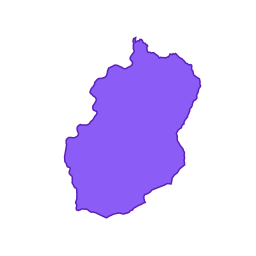 the district of Morro Agudo, São Paulo, Brazil, rotated 57°
{"feature_id": "56859067B75042481865751", "entity_name": "Morro Agudo", "entity_type": "district", "adm_level": 2, "iso_a3": "BRA", "parent_name": "Brazil", "parent_adm1": "São Paulo", "projection": "mercator", "projection_center": [-48.177, -20.691], "detail": "fine", "context": "isolated", "style": "filled", "palette": "violet", "viewbox_px": 256, "rotation_deg": 57, "n_neighbors": 0, "source": "geoboundaries", "source_scale": "gbopen_adm2", "svg_char_len": 4132}
<svg xmlns="http://www.w3.org/2000/svg" viewBox="0 0 256 256"><g transform="rotate(57 128 128)"><path d="M69.3,86.2L69.9,87.5L71.0,88.5L72.2,88.8L74.8,88.3L75.9,88.8L76.7,89.6L77.4,90.8L77.5,93.0L77.1,95.0L77.1,97.2L76.6,98.4L75.3,99.6L73.8,100.1L72.8,100.7L71.6,101.7L70.4,102.2L69.1,103.4L68.1,104.7L67.9,105.8L67.8,107.6L67.2,111.5L68.4,113.2L69.1,114.2L70.2,115.0L71.3,116.3L72.1,117.2L72.8,118.3L72.9,119.7L72.6,120.9L72.3,122.0L71.9,123.4L71.1,124.6L70.5,125.7L70.6,127.7L71.2,129.4L71.5,130.8L73.4,132.7L74.2,134.5L74.6,135.9L74.9,137.1L75.6,138.3L76.2,139.2L77.3,140.4L78.7,140.6L79.8,140.0L81.6,139.8L82.7,139.5L84.1,138.8L85.5,138.7L86.6,139.0L87.7,139.8L88.3,141.0L89.3,142.7L90.0,144.7L91.0,146.1L92.2,146.7L93.4,147.2L94.4,147.1L97.2,145.2L98.7,145.9L99.4,146.9L100.4,150.1L101.6,152.1L102.0,153.4L102.2,154.7L102.4,156.1L103.4,158.4L103.1,160.8L102.6,161.7L101.4,163.5L100.5,164.8L99.1,166.1L99.0,168.1L99.4,169.7L100.5,170.9L101.7,171.6L103.3,172.1L104.8,172.3L106.0,172.8L107.0,173.8L107.3,175.5L107.1,177.4L106.9,178.6L106.1,179.6L105.2,180.6L104.5,181.6L103.7,182.9L103.9,185.4L104.6,186.5L106.1,187.4L107.2,188.2L108.6,188.6L111.3,191.0L112.8,192.4L114.1,193.7L115.6,195.0L117.6,196.9L120.5,198.5L121.7,199.2L124.6,199.2L125.8,199.7L127.5,200.0L129.1,198.6L130.1,198.4L131.0,198.9L131.7,199.9L132.8,201.2L134.1,202.0L135.7,201.9L137.8,201.3L139.1,201.6L140.5,202.6L142.1,203.5L143.5,204.7L145.1,204.8L146.5,204.9L147.9,205.2L149.0,205.1L149.9,204.5L151.1,204.2L152.1,204.8L154.6,206.3L156.3,207.2L157.8,208.4L159.2,209.1L160.2,210.4L161.2,211.5L161.8,212.5L162.8,212.8L164.1,212.7L165.9,213.9L167.0,215.2L168.1,215.6L169.1,215.6L170.0,214.7L170.6,212.9L170.7,210.8L171.6,209.5L172.6,208.4L173.3,207.1L174.3,206.4L176.2,205.8L177.2,205.4L178.4,204.8L179.2,203.5L180.4,202.3L181.4,201.3L183.3,200.2L191.5,195.1L191.7,193.7L191.6,192.6L191.7,191.4L192.0,190.0L192.2,188.4L192.4,186.7L193.0,185.4L193.4,184.4L193.8,183.1L194.6,181.5L195.7,180.5L197.3,179.2L198.0,177.8L198.3,176.5L198.9,175.0L199.3,172.9L198.7,171.6L198.8,170.2L199.3,168.8L198.4,167.3L198.8,160.1L199.3,158.8L199.3,157.1L199.4,155.5L199.9,154.1L198.7,154.0L197.4,153.7L196.1,153.2L194.9,152.6L193.6,151.5L193.0,150.1L193.7,147.7L193.8,144.5L193.4,143.0L193.0,141.5L195.8,128.0L195.8,126.4L196.2,125.0L196.9,124.1L197.7,123.2L198.4,122.3L196.4,120.3L194.6,118.7L193.9,117.9L193.3,116.4L192.8,115.0L192.6,113.7L192.5,112.1L192.3,110.8L191.3,108.8L190.6,107.5L190.4,106.1L190.1,104.7L190.1,103.4L189.9,102.3L189.8,100.7L188.5,99.9L187.5,99.4L186.5,99.0L185.3,98.4L184.5,97.3L183.3,96.5L181.6,95.8L180.5,94.9L178.9,93.9L177.3,93.9L176.3,93.5L175.0,93.3L173.2,93.5L171.3,93.8L169.5,93.6L167.5,93.5L165.6,93.5L164.7,93.1L163.4,92.4L162.1,91.4L160.6,90.8L158.8,90.4L158.1,89.2L157.7,88.2L157.1,87.0L156.8,85.0L156.9,83.1L155.7,81.9L154.8,80.2L155.3,79.2L153.6,77.8L152.7,76.4L152.2,75.4L151.9,74.4L151.6,73.4L151.3,72.3L150.3,71.4L149.4,70.1L148.7,68.8L147.9,67.9L147.3,66.9L146.1,66.4L145.5,65.1L145.1,63.6L144.6,62.7L143.9,61.7L143.1,61.0L142.3,60.2L141.6,59.2L140.9,57.7L141.2,56.3L140.9,55.1L140.5,54.0L139.5,53.5L138.0,52.6L137.1,51.5L136.6,50.3L135.7,49.3L134.7,48.2L133.8,47.6L133.2,46.1L132.6,44.6L131.7,44.0L130.5,43.8L129.5,43.3L128.6,42.4L127.0,41.9L125.7,41.3L124.5,41.9L123.4,42.5L122.4,43.0L121.1,43.2L120.2,43.9L118.9,43.8L117.2,43.3L115.7,42.6L114.1,42.8L112.6,42.2L111.0,40.9L109.8,40.4L108.9,41.0L108.5,42.3L107.4,42.9L106.0,43.3L105.1,44.3L103.9,44.3L102.6,44.3L100.6,44.9L99.4,45.0L98.0,45.9L96.6,46.6L95.0,46.9L93.9,47.1L92.8,47.2L91.4,47.5L91.3,49.2L90.2,49.7L90.4,51.1L88.8,52.5L89.7,53.7L90.4,55.3L89.9,56.3L89.8,57.9L88.6,59.4L87.6,61.0L86.4,62.2L86.3,63.6L84.5,63.6L83.3,63.8L81.8,64.5L80.1,65.0L78.5,65.7L78.0,67.4L76.5,68.3L75.5,69.9L73.6,69.9L72.3,69.1L70.6,68.4L70.0,66.9L68.9,66.7L68.2,67.5L66.5,67.4L65.7,68.3L64.4,68.7L62.5,68.4L61.1,68.5L60.2,69.7L60.9,71.2L60.2,72.5L60.0,74.0L60.1,75.0L58.6,74.3L57.5,73.3L56.4,72.3L56.1,74.6L57.0,75.7L57.9,76.5L59.3,77.0L60.4,77.2L61.3,78.4L63.1,79.4L64.1,80.2L65.0,80.5L66.7,80.7L67.9,82.2L68.2,83.6L68.8,85.0L69.3,86.2Z" fill="#8b5cf6" stroke="#5b21b6" stroke-width="1.5"/></g></svg>